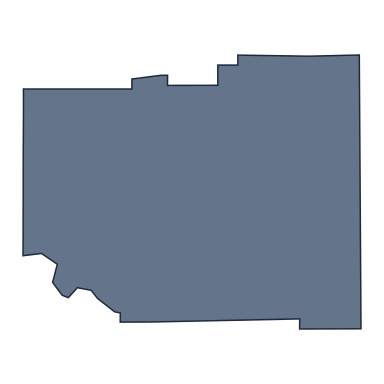 Benewah, Idaho, United States of America (Albers equal-area conic projection)
{"feature_id": "52423323B17427488996260", "entity_name": "Benewah", "entity_type": "district", "adm_level": 2, "iso_a3": "USA", "parent_name": "United States of America", "parent_adm1": "Idaho", "projection": "albers", "projection_center": [-116.794, 47.218], "detail": "fine", "context": "isolated", "style": "filled", "palette": "slate", "viewbox_px": 384, "rotation_deg": 0, "n_neighbors": 0, "source": "geoboundaries", "source_scale": "gbopen_adm2", "svg_char_len": 524}
<svg xmlns="http://www.w3.org/2000/svg" viewBox="0 0 384 384"><path d="M361.0,328.8L359.3,55.0L308.9,56.2L237.8,55.1L237.9,65.1L217.8,65.1L217.8,85.3L167.5,85.4L167.6,75.3L160.8,75.3L131.9,79.0L131.9,89.0L23.4,89.0L23.5,102.1L23.2,163.5L23.2,187.1L23.2,202.6L23.1,217.6L23.1,236.5L23.0,255.7L41.5,253.5L57.3,264.2L52.6,282.4L62.1,295.2L68.3,297.7L77.4,287.7L91.2,290.3L97.5,298.4L114.6,311.8L120.3,313.0L120.2,322.1L150.7,322.0L299.7,318.9L299.6,329.0L361.0,328.8Z" fill="#64748b" stroke="#1e293b" stroke-width="1.5"/></svg>